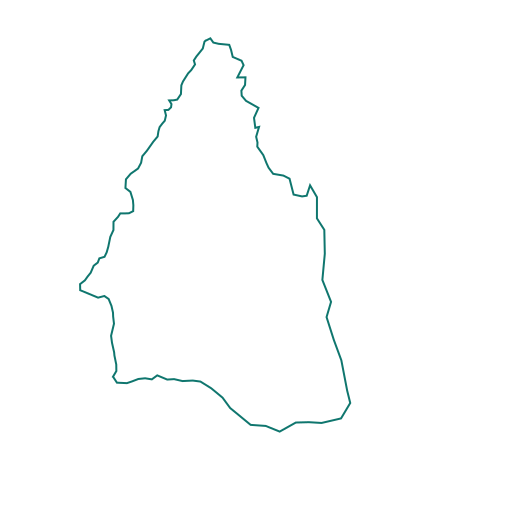 Chloraka, Paphos, Cyprus (Equal Earth projection), rotated 27°
{"feature_id": "46923920B26548311367077", "entity_name": "Chloraka", "entity_type": "district", "adm_level": 2, "iso_a3": "CYP", "parent_name": "Cyprus", "parent_adm1": "Paphos", "projection": "equal_earth", "projection_center": [32.401, 34.799], "detail": "fine", "context": "isolated", "style": "outline", "palette": "teal", "viewbox_px": 512, "rotation_deg": 27, "n_neighbors": 0, "source": "geoboundaries", "source_scale": "gbopen_adm2", "svg_char_len": 1808}
<svg xmlns="http://www.w3.org/2000/svg" viewBox="0 0 512 512"><g transform="rotate(27 256 256)"><path d="M113.5,86.3L112.8,88.4L114.4,95.3L113.3,100.6L112.3,105.3L111.8,110.0L114.7,113.0L113.9,119.7L112.6,124.1L111.7,133.6L112.0,137.8L115.6,145.8L114.8,152.4L112.0,154.6L108.0,156.8L111.7,159.0L112.8,162.1L111.6,165.6L108.4,167.5L112.0,171.6L113.3,176.9L112.4,180.5L111.6,184.9L112.4,189.1L114.1,194.2L112.6,200.7L111.0,211.8L109.4,218.7L111.3,225.1L111.2,231.6L107.0,239.6L105.3,246.7L108.8,254.7L115.0,255.9L120.9,262.0L123.7,266.5L126.2,271.8L123.4,275.6L119.4,277.8L115.7,279.7L115.3,283.7L113.5,290.2L117.2,297.6L117.5,305.1L120.2,314.9L121.3,320.6L121.4,325.5L117.5,329.2L118.0,333.7L115.8,338.3L116.3,346.0L115.3,350.7L114.6,355.4L112.0,360.9L114.9,366.3L134.2,364.8L139.0,360.5L144.2,361.2L149.9,366.1L154.3,371.4L156.2,374.8L160.2,380.8L163.1,392.9L167.1,398.7L173.3,406.2L175.0,408.9L180.8,416.2L183.8,421.9L183.4,428.5L183.5,428.5L189.6,432.0L198.7,427.9L202.4,424.1L207.0,419.0L212.7,415.3L219.2,413.2L222.2,407.2L233.0,406.4L238.9,402.9L247.3,400.8L256.2,395.7L263.5,393.1L276.2,394.2L290.5,397.4L302.0,403.2L327.9,408.9L341.8,403.0L356.8,401.7L367.1,386.3L378.5,380.1L390.2,375.0L402.8,364.4L405.5,362.1L406.7,344.2L398.3,334.5L379.4,310.2L363.4,295.4L346.6,278.4L343.7,262.8L326.0,247.2L316.3,222.8L305.0,201.7L293.2,194.8L283.6,175.9L272.1,168.5L273.8,179.3L270.0,182.0L261.6,184.2L250.8,171.9L243.9,171.9L234.0,175.0L227.1,171.6L223.3,168.6L216.7,162.8L207.5,158.0L205.8,154.2L202.0,149.7L200.1,139.6L197.2,142.1L191.5,133.8L191.0,122.9L176.7,122.3L170.5,119.7L167.9,115.3L168.6,108.6L165.5,101.6L158.3,105.4L158.3,101.0L158.3,91.6L154.5,88.6L144.9,89.2L140.2,83.7L136.3,80.0L126.4,83.9L121.1,85.2L116.5,82.8L113.5,86.9L113.5,86.3Z" fill="none" stroke="#0f766e" stroke-width="2"/></g></svg>